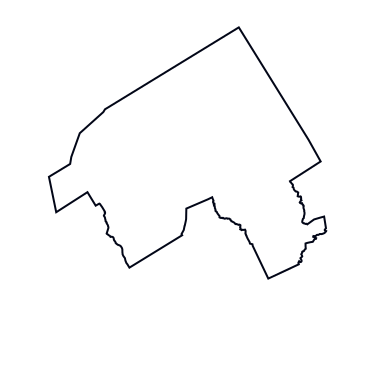 outline of Galeana, Chihuahua, Mexico, rotated 239°
{"feature_id": "50627088B51134227456684", "entity_name": "Galeana", "entity_type": "district", "adm_level": 2, "iso_a3": "MEX", "parent_name": "Mexico", "parent_adm1": "Chihuahua", "projection": "orthographic", "projection_center": [-107.764, 30.204], "detail": "fine", "context": "isolated", "style": "outline", "palette": "ink", "viewbox_px": 384, "rotation_deg": 239, "n_neighbors": 0, "source": "geoboundaries", "source_scale": "gbopen_adm2", "svg_char_len": 5704}
<svg xmlns="http://www.w3.org/2000/svg" viewBox="0 0 384 384"><g transform="rotate(239 192 192)"><path d="M92.0,288.2L102.9,292.6L104.0,288.7L105.6,282.5L104.9,274.2L105.4,274.1L105.6,274.0L105.6,273.8L105.7,273.6L105.9,273.4L106.2,272.8L107.1,272.2L107.5,272.0L107.7,271.5L108.0,271.4L108.3,271.3L108.6,271.1L109.4,271.0L110.1,271.4L111.8,273.2L112.1,274.4L112.4,274.6L112.8,274.9L113.2,275.3L113.5,275.4L114.8,276.8L115.3,277.1L115.9,277.6L116.8,278.0L117.9,278.3L118.3,278.7L118.9,278.9L119.3,279.0L119.9,279.1L120.5,279.2L121.0,279.5L121.9,279.8L122.1,280.3L122.9,280.7L123.4,280.6L123.8,280.6L124.0,280.3L124.4,280.3L125.7,280.6L125.9,280.3L125.7,279.9L125.9,279.6L126.7,279.5L127.0,279.0L127.6,279.0L128.0,279.8L128.2,280.2L128.5,281.6L129.7,281.6L130.3,282.3L131.0,282.6L131.4,282.7L131.7,282.9L132.0,282.9L132.3,282.8L132.4,282.5L132.5,282.3L132.6,281.8L132.7,281.6L132.9,281.3L133.2,281.0L133.9,280.4L136.9,282.8L138.0,282.2L138.4,282.1L138.7,281.8L138.9,281.3L139.3,281.1L139.8,281.0L140.2,280.9L140.5,280.8L141.3,280.7L141.7,280.7L142.3,280.8L143.5,281.3L144.1,281.1L144.4,280.8L145.3,281.5L145.5,281.8L146.0,282.1L146.3,282.2L147.1,282.1L147.7,281.8L148.4,281.8L149.6,281.6L150.1,281.4L150.8,281.5L151.9,318.0L176.8,318.8L245.9,317.8L309.0,316.9L307.7,160.0L306.2,157.2L300.2,126.1L284.2,106.6L278.8,102.0L278.7,77.2L244.6,65.2L245.7,102.3L229.9,102.4L229.8,106.5L229.7,106.7L229.4,106.8L228.8,107.0L228.3,106.9L228.0,107.0L226.4,107.1L225.3,107.2L220.3,107.2L220.1,106.9L219.9,106.8L219.6,106.8L219.4,107.0L219.1,106.9L218.9,106.8L218.5,106.5L218.4,106.3L218.1,106.0L218.0,105.6L217.4,104.7L217.0,104.2L216.7,104.2L216.4,104.3L215.8,104.3L215.4,104.2L215.1,104.2L214.5,104.1L213.7,103.7L213.0,103.6L212.6,103.4L212.0,103.2L211.6,102.9L211.3,102.9L210.9,103.1L210.3,103.2L209.7,103.1L209.6,102.8L209.4,102.8L209.1,102.8L208.6,102.7L208.1,102.8L207.9,102.8L207.3,102.8L206.2,102.6L205.9,102.4L205.4,102.4L204.3,101.9L203.5,101.0L201.8,99.1L200.3,97.4L200.1,97.4L198.7,98.1L198.1,98.2L196.7,99.0L195.5,99.0L195.4,99.1L195.4,99.3L195.1,99.9L195.0,100.2L194.2,100.9L193.7,101.1L192.9,101.1L192.6,101.0L191.4,100.5L191.0,100.4L190.8,100.5L190.5,100.5L190.1,100.4L189.4,100.6L188.6,100.6L188.2,100.5L187.9,100.5L187.7,100.3L187.1,100.4L186.7,100.6L186.4,100.6L186.0,100.8L185.6,101.0L185.1,101.1L184.5,101.7L184.3,101.9L183.7,102.2L183.1,102.7L182.9,102.8L182.4,103.0L181.3,103.1L180.0,103.1L179.6,103.0L178.6,102.7L176.0,101.2L175.4,101.0L174.7,100.6L174.3,100.4L173.3,100.3L172.7,100.2L171.3,100.3L170.2,100.4L169.7,100.4L168.1,99.8L166.5,99.4L166.0,99.4L165.1,99.2L164.6,99.2L164.1,99.3L163.2,99.4L161.3,99.4L159.4,99.4L159.7,130.5L160.0,161.3L161.3,161.3L163.4,164.9L163.7,165.4L166.8,168.2L166.8,168.4L170.3,171.7L171.8,173.0L180.7,178.6L177.5,202.0L177.1,206.6L176.2,206.4L175.8,206.3L175.3,206.2L175.0,206.2L174.7,206.2L174.3,206.1L174.1,206.0L173.8,206.0L173.5,205.9L173.4,205.9L173.2,205.6L172.9,205.4L173.0,205.2L172.9,205.1L172.5,204.9L172.4,204.8L171.6,204.7L171.5,204.9L171.4,204.9L171.2,204.8L170.9,204.7L170.7,204.9L170.6,204.6L170.1,204.6L170.1,204.4L169.7,204.4L169.5,204.1L169.4,204.1L169.2,204.3L169.1,204.1L168.9,203.9L168.6,204.2L168.4,204.2L167.9,204.0L167.5,203.9L167.3,203.8L166.8,203.5L166.4,203.3L166.2,203.3L165.7,203.3L165.3,203.1L165.2,203.1L164.9,203.1L164.4,202.8L164.3,202.7L163.9,202.7L163.6,202.6L163.5,202.4L163.3,202.4L163.0,202.5L162.6,202.8L162.0,203.0L161.4,202.9L161.0,202.8L160.2,202.8L159.8,202.9L159.4,202.9L158.3,203.0L158.0,203.1L157.6,203.2L157.2,203.2L156.8,203.0L156.3,202.6L156.1,202.5L155.9,202.6L155.6,202.8L155.3,203.0L154.7,203.6L154.6,203.8L154.5,204.4L153.8,204.8L153.7,205.4L152.6,205.9L152.2,206.4L152.2,206.9L151.9,207.3L151.7,208.1L151.5,208.4L150.9,208.7L150.7,208.8L150.4,209.6L150.1,210.1L149.7,210.4L149.2,210.5L148.7,210.8L148.1,210.5L147.9,210.6L147.3,210.8L146.9,210.7L146.6,210.7L146.3,211.1L145.8,211.4L145.6,211.4L144.9,211.9L144.5,212.1L144.2,212.3L143.9,212.4L143.3,212.6L142.5,212.6L142.0,212.9L141.9,213.4L141.5,213.8L141.0,214.0L140.7,214.5L139.9,214.9L139.8,215.2L139.7,215.5L139.5,216.0L138.7,216.4L138.4,216.3L137.8,215.9L137.4,215.5L137.3,215.3L137.1,215.1L136.8,215.0L136.5,215.0L136.2,214.9L135.9,215.0L135.7,214.9L135.6,214.7L135.2,214.2L135.0,214.4L134.6,214.7L134.4,214.7L134.2,214.7L133.8,214.8L133.7,215.0L133.7,215.7L133.4,216.0L133.0,216.6L132.9,216.9L132.7,217.3L132.6,217.6L132.4,218.1L132.2,218.1L131.4,218.0L131.1,217.9L130.8,217.8L130.1,217.2L129.8,217.0L129.3,216.9L128.7,216.3L128.0,216.4L127.9,216.4L127.3,216.1L127.1,216.1L126.9,216.2L126.4,216.2L125.8,215.9L124.7,215.9L123.8,215.7L119.6,215.6L117.9,215.1L116.1,216.9L114.5,216.3L78.5,212.8L75.0,246.3L75.9,246.6L76.3,246.6L76.6,246.8L76.8,247.0L76.9,247.3L77.0,247.5L77.3,247.8L77.5,248.2L76.5,248.5L76.0,249.0L75.9,249.6L76.1,250.1L76.6,250.5L77.0,250.7L78.0,250.8L79.3,250.8L79.5,250.9L79.7,252.2L79.9,253.1L80.1,253.4L80.7,253.5L81.3,253.6L82.4,253.6L82.7,254.3L83.0,254.8L84.0,255.7L84.1,256.1L84.1,256.3L83.8,256.7L83.9,257.0L83.8,257.5L83.9,257.9L84.2,258.2L84.6,259.1L84.7,259.5L84.8,259.8L84.8,260.3L87.0,261.4L89.4,262.8L89.3,263.4L89.0,264.6L88.0,267.6L87.1,269.8L87.1,270.0L87.7,271.1L88.3,272.4L88.4,273.2L88.5,273.4L88.4,273.6L88.2,273.8L88.0,274.0L88.1,274.3L88.5,274.7L89.7,273.9L90.1,273.5L90.5,273.3L90.8,273.1L91.2,272.8L91.7,273.4L91.2,273.9L91.0,274.1L91.0,274.7L90.7,275.2L90.6,275.4L90.8,276.3L90.9,276.8L90.8,277.3L90.3,278.0L90.1,278.4L90.2,279.9L90.1,280.1L89.9,280.3L89.1,281.5L89.0,282.1L88.9,282.4L88.8,282.7L88.8,282.9L88.8,283.2L88.6,284.2L88.6,284.6L88.9,285.3L89.1,285.9L89.1,286.5L89.4,286.9L90.4,286.2L90.8,286.1L91.3,286.4L91.6,287.3L92.0,288.0L92.0,288.2Z" fill="none" stroke="#020617" stroke-width="2"/></g></svg>